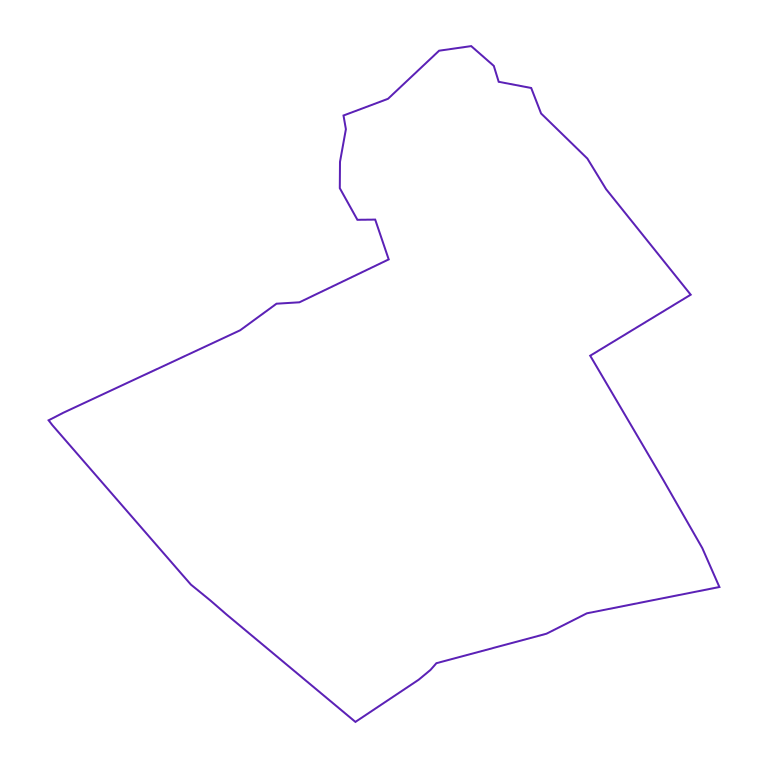 Carbon, Pennsylvania, United States of America (orthographic projection)
{"feature_id": "52423323B51217028410737", "entity_name": "Carbon", "entity_type": "district", "adm_level": 2, "iso_a3": "USA", "parent_name": "United States of America", "parent_adm1": "Pennsylvania", "projection": "orthographic", "projection_center": [-75.722, 40.935], "detail": "fine", "context": "isolated", "style": "outline", "palette": "violet", "viewbox_px": 768, "rotation_deg": 0, "n_neighbors": 0, "source": "geoboundaries", "source_scale": "gbopen_adm2", "svg_char_len": 586}
<svg xmlns="http://www.w3.org/2000/svg" viewBox="0 0 768 768"><path d="M546.5,633.7L586.9,613.3L719.4,587.0L702.3,548.1L663.0,479.5L590.2,355.7L690.7,294.7L606.1,189.2L587.4,158.6L541.1,113.5L531.2,88.0L498.7,81.8L493.8,65.9L471.2,46.1L439.1,50.7L388.0,98.8L343.5,115.5L345.9,129.2L340.0,161.8L339.8,188.2L357.4,219.8L375.2,219.6L388.7,259.4L299.4,302.3L276.5,303.7L240.1,330.3L127.9,382.6L63.2,412.8L48.6,420.3L52.4,425.2L181.2,573.5L190.9,584.6L210.4,600.5L226.4,614.4L355.4,721.9L418.7,679.7L430.5,669.9L436.4,663.2L546.5,633.7Z" fill="none" stroke="#5b21b6" stroke-width="2"/></svg>